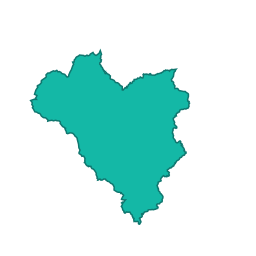 the district of Nam Giang, Quàng Nam, Vietnam, rotated 239°
{"feature_id": "81297802B72423367852086", "entity_name": "Nam Giang", "entity_type": "district", "adm_level": 2, "iso_a3": "VNM", "parent_name": "Vietnam", "parent_adm1": "Quàng Nam", "projection": "natural_earth1", "projection_center": [107.554, 15.607], "detail": "fine", "context": "isolated", "style": "filled", "palette": "teal", "viewbox_px": 256, "rotation_deg": 239, "n_neighbors": 0, "source": "geoboundaries", "source_scale": "gbopen_adm2", "svg_char_len": 5790}
<svg xmlns="http://www.w3.org/2000/svg" viewBox="0 0 256 256"><g transform="rotate(239 128 128)"><path d="M193.3,56.7L189.8,56.5L188.8,57.8L186.8,58.8L186.0,59.8L184.8,60.0L182.9,59.9L180.8,60.7L180.0,61.3L179.4,62.5L178.4,62.9L176.0,63.5L175.2,62.8L174.9,64.1L173.8,66.8L172.6,67.7L171.8,70.1L171.0,70.6L169.4,72.8L168.0,73.1L166.9,72.2L162.9,72.7L161.0,73.9L160.1,73.7L159.8,74.2L159.0,73.4L157.0,73.3L155.1,72.7L154.2,73.4L153.7,75.8L152.5,77.4L151.7,78.0L149.8,78.5L148.7,78.3L147.6,78.8L145.3,79.2L144.8,78.8L139.7,77.3L136.3,75.7L133.8,75.5L132.1,73.3L131.3,72.9L129.1,74.0L127.5,73.9L127.1,74.9L126.6,75.6L124.4,75.4L124.1,75.6L122.6,74.3L121.7,74.1L120.8,72.8L120.1,73.3L118.3,73.1L116.6,73.5L116.1,74.0L115.4,74.1L115.6,74.8L115.0,75.1L114.2,76.5L113.1,76.1L111.7,76.2L110.7,77.1L109.6,77.4L106.6,77.6L105.3,77.4L104.7,76.8L103.7,76.5L101.6,76.4L101.3,75.8L100.7,75.5L99.4,76.0L98.9,75.3L98.7,75.9L98.8,77.2L98.2,78.0L97.5,77.8L96.7,78.9L96.7,81.0L95.7,82.4L94.4,82.3L93.7,82.9L93.0,82.9L91.5,84.3L89.6,84.7L87.7,85.9L84.6,85.8L82.0,84.1L79.0,85.6L78.0,86.5L77.3,87.6L76.1,88.8L75.6,88.2L75.3,88.8L72.9,89.6L72.4,89.4L71.9,88.1L70.3,85.7L69.7,86.0L68.0,88.0L67.7,88.7L66.5,85.6L67.3,85.1L67.1,83.9L65.9,84.3L64.7,82.9L64.3,81.9L62.6,82.0L60.4,81.3L59.1,81.7L58.1,81.2L57.7,81.7L56.9,81.3L56.5,81.9L56.8,83.6L56.1,84.2L54.9,86.3L52.3,86.2L51.8,86.6L50.7,86.6L50.1,86.2L49.2,86.3L48.5,85.9L47.4,86.6L46.8,85.9L44.7,85.0L44.3,86.0L43.6,86.6L43.3,87.8L42.8,88.3L42.2,88.5L40.5,87.7L39.8,88.0L39.6,88.5L40.8,90.7L41.5,91.0L42.7,90.9L43.8,91.5L44.7,91.3L44.9,91.8L44.6,93.7L44.8,94.5L45.6,94.8L46.1,95.6L47.0,95.2L47.4,95.5L47.1,96.6L46.4,96.8L47.5,98.8L46.5,101.8L46.7,102.5L47.3,102.9L47.2,103.8L46.0,105.8L45.8,106.7L45.0,107.4L44.2,109.9L44.3,110.6L43.9,111.3L44.3,112.0L44.1,112.6L44.8,113.0L46.6,112.5L47.0,113.1L47.6,113.2L47.8,114.1L46.8,116.0L47.2,116.6L47.5,117.7L47.2,119.0L47.8,119.8L49.1,120.3L49.7,121.4L50.9,122.5L51.8,122.7L54.4,122.5L55.2,122.0L56.8,122.3L58.6,121.8L59.6,122.5L60.3,122.4L60.6,122.9L61.7,122.7L61.9,123.0L63.8,123.3L64.7,125.1L66.0,125.9L65.7,129.2L67.4,129.6L67.7,130.0L68.7,132.8L68.8,134.0L67.4,134.4L66.7,136.0L66.2,136.2L66.4,136.8L66.9,137.0L65.9,137.9L65.8,138.3L66.4,139.2L67.6,139.3L68.5,140.4L69.6,140.2L70.6,139.5L71.9,140.2L71.9,141.8L72.3,143.3L71.6,144.1L72.0,145.1L71.9,146.3L72.3,146.9L71.9,147.5L73.1,149.3L73.2,150.3L73.5,150.6L74.0,150.6L73.9,151.4L74.8,153.1L74.6,154.6L74.8,155.8L75.7,157.2L75.4,158.8L76.1,160.1L76.0,160.9L76.1,161.5L75.7,162.4L76.5,163.5L76.6,164.9L77.6,165.3L78.1,164.5L79.4,164.3L79.6,164.8L80.0,164.6L80.5,165.2L82.1,165.4L83.8,165.0L84.3,165.6L85.5,164.6L85.9,164.9L85.9,165.8L86.2,166.1L86.9,165.9L87.8,165.1L88.9,166.1L89.9,166.1L90.3,165.4L89.8,163.0L90.3,162.1L91.2,161.7L93.8,162.1L95.7,161.7L96.7,161.9L98.2,163.2L99.2,163.2L99.8,163.6L100.6,163.3L102.6,164.9L103.0,165.7L103.8,165.8L104.4,166.9L104.0,168.4L103.0,168.9L103.0,169.9L104.2,170.4L106.0,169.8L107.2,169.7L107.9,169.9L108.8,170.9L111.6,171.1L113.0,171.8L113.3,174.1L114.0,174.5L113.4,175.7L114.5,176.0L115.2,176.7L115.5,177.4L115.3,178.5L115.7,179.0L115.3,180.4L116.6,181.6L116.5,183.2L115.6,184.7L115.3,186.6L114.4,187.4L114.5,188.4L114.1,189.7L115.2,191.5L116.2,191.8L117.3,192.8L117.6,193.5L118.4,193.2L119.2,194.0L120.4,193.1L121.1,193.6L121.6,193.6L124.3,196.4L124.8,196.4L125.8,197.2L126.6,197.2L128.8,196.1L129.8,195.9L130.6,194.5L133.6,191.3L134.6,190.9L135.5,191.1L136.6,190.6L137.7,188.5L139.1,189.0L139.8,189.9L142.3,189.7L143.6,190.6L145.0,190.3L145.6,189.6L147.4,190.3L147.7,191.5L148.5,192.6L148.6,193.3L152.0,196.1L152.4,197.7L153.4,198.9L153.6,199.5L154.9,196.5L155.7,195.8L155.8,193.7L155.4,193.0L156.2,192.9L156.4,192.3L157.4,191.4L157.8,190.3L158.3,190.0L158.0,189.3L158.6,188.4L158.2,187.3L158.1,185.8L158.3,185.0L158.0,184.7L158.4,183.9L158.7,182.3L159.3,181.6L159.1,180.7L159.5,180.1L159.4,178.1L159.9,177.7L160.4,176.5L161.9,174.9L162.7,175.3L163.2,175.0L163.2,174.2L162.7,173.4L164.0,172.5L164.3,171.5L165.0,171.3L164.9,170.8L165.5,169.8L166.3,169.2L165.9,168.3L165.1,168.4L163.3,166.7L163.6,165.9L165.4,164.8L164.9,164.0L164.9,163.4L165.1,162.7L165.8,162.1L165.3,160.6L166.4,158.2L165.2,157.3L165.5,156.2L165.2,155.4L164.5,154.8L164.6,153.3L165.1,153.1L165.7,153.4L165.8,153.2L165.1,152.5L164.8,150.6L164.1,149.9L163.9,148.8L164.3,148.5L164.3,148.2L164.0,147.9L163.1,147.9L163.4,147.3L163.3,146.7L163.9,146.4L164.0,146.1L163.7,145.0L163.0,143.7L163.1,143.2L163.6,142.7L166.5,144.4L166.9,144.3L168.6,143.1L169.6,143.3L172.0,142.5L173.5,140.7L175.9,140.6L177.7,139.5L178.9,138.2L179.6,138.2L181.7,139.7L182.8,139.2L183.5,139.3L185.4,138.0L186.4,138.0L186.2,136.7L186.4,136.5L187.6,136.8L188.1,137.6L188.5,136.9L189.2,137.1L189.4,136.7L190.0,137.0L190.5,136.7L190.9,136.9L191.5,136.6L191.9,137.0L193.3,137.1L194.4,136.6L194.9,137.0L195.3,136.8L196.1,137.0L197.2,136.6L198.4,137.4L198.6,139.0L199.1,139.4L199.6,139.3L200.0,140.3L201.7,140.0L202.7,141.2L204.0,141.8L204.7,143.2L208.6,144.1L206.9,141.7L206.6,138.2L207.1,137.6L209.4,136.8L210.8,136.9L210.8,133.7L210.1,132.6L210.5,130.9L211.6,130.4L211.7,128.1L212.2,127.6L212.9,127.5L215.5,124.0L215.2,122.7L215.4,120.6L215.2,119.7L214.4,118.5L214.0,117.0L212.4,115.9L213.0,114.5L210.6,114.2L209.8,112.7L207.0,109.3L206.0,107.4L203.9,104.5L202.8,103.6L202.8,103.0L202.9,102.3L203.3,101.9L206.6,101.4L208.7,99.4L210.4,99.1L211.8,98.2L212.2,96.9L214.0,96.7L214.2,96.3L214.1,94.7L215.4,93.5L215.7,90.1L215.4,89.4L216.4,87.6L215.9,85.3L215.7,85.0L214.3,84.5L213.7,83.8L213.3,78.3L212.8,77.7L211.7,77.4L211.4,76.8L210.7,74.6L210.9,72.7L210.7,71.8L209.5,71.8L207.9,68.5L205.0,65.2L202.8,66.7L201.6,65.2L201.2,64.0L199.7,64.2L201.0,62.1L201.7,58.7L199.3,59.0L198.5,58.6L197.7,57.7L195.3,57.8L194.6,56.5L193.3,56.7Z" fill="#14b8a6" stroke="#0f766e" stroke-width="1.5"/></g></svg>